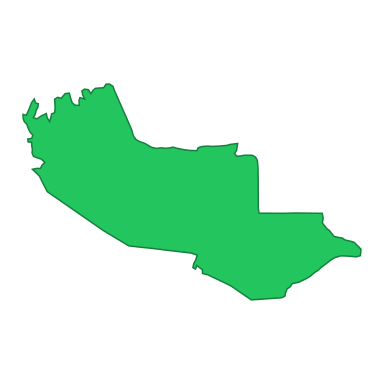 Peri Mirim, Maranhão, Brazil
{"feature_id": "56859067B19670060487182", "entity_name": "Peri Mirim", "entity_type": "district", "adm_level": 2, "iso_a3": "BRA", "parent_name": "Brazil", "parent_adm1": "Maranhão", "projection": "orthographic", "projection_center": [-44.905, -2.565], "detail": "fine", "context": "isolated", "style": "filled", "palette": "green", "viewbox_px": 384, "rotation_deg": 0, "n_neighbors": 0, "source": "geoboundaries", "source_scale": "gbopen_adm2", "svg_char_len": 2132}
<svg xmlns="http://www.w3.org/2000/svg" viewBox="0 0 384 384"><path d="M361.0,249.3L358.7,246.8L354.0,242.2L350.9,241.3L345.4,240.1L342.2,238.0L338.6,237.4L334.2,236.5L331.8,233.6L329.3,230.4L326.8,228.6L322.3,223.0L323.2,218.3L322.2,213.3L295.8,213.0L284.2,213.3L259.1,213.2L258.3,208.4L258.2,181.3L258.0,168.0L257.7,164.1L257.4,160.5L255.6,157.2L252.3,155.3L248.8,155.2L244.5,155.2L240.6,156.0L236.6,156.1L234.6,153.6L236.6,150.3L237.1,146.9L237.7,143.5L230.2,144.4L226.8,145.4L223.4,145.7L219.0,146.1L211.9,146.4L208.0,146.1L201.8,146.5L198.2,147.7L196.8,150.7L189.6,150.4L183.5,149.6L177.6,148.4L172.8,147.1L169.7,147.9L165.8,148.3L161.0,147.8L156.3,148.4L151.3,147.2L144.9,143.4L139.8,141.7L136.3,139.8L133.8,136.5L132.6,133.4L131.6,129.5L117.3,97.0L114.4,90.5L113.0,86.4L109.6,84.1L106.1,84.1L103.7,87.7L95.4,88.3L92.9,90.5L90.9,93.7L88.4,89.7L84.5,89.1L81.9,91.0L82.7,94.8L84.6,99.0L80.0,97.6L79.0,100.5L79.3,105.3L75.3,105.3L72.1,102.7L70.7,98.3L69.3,93.1L65.2,93.6L63.2,95.9L61.1,98.4L57.8,97.3L54.6,99.2L54.9,103.6L55.1,108.1L54.6,112.7L51.6,113.9L50.8,117.7L49.7,121.6L47.2,117.9L46.3,113.5L41.3,115.9L37.0,118.8L33.4,117.7L35.3,114.0L36.2,110.3L37.9,107.1L38.3,103.7L35.6,103.0L34.2,99.0L31.5,102.8L29.2,108.8L26.4,115.2L23.0,114.4L23.2,118.5L24.3,121.7L26.8,124.3L28.3,128.6L30.0,132.0L32.8,135.3L31.7,138.4L27.7,139.0L28.2,142.0L31.6,142.2L31.7,145.5L32.4,149.7L32.0,152.7L33.5,156.4L37.2,157.8L41.3,159.1L44.8,162.4L42.1,165.1L40.4,168.4L36.4,168.4L32.4,169.3L39.3,175.9L42.8,183.0L47.3,191.7L103.7,230.8L128.7,245.8L132.4,246.3L135.3,246.6L140.3,247.2L145.4,247.7L151.3,248.3L158.8,249.2L169.2,250.5L190.9,253.0L197.2,255.1L195.8,259.7L193.7,263.7L192.9,267.6L195.5,269.1L196.8,265.5L199.6,267.7L202.4,269.7L202.5,273.5L207.7,274.7L212.2,276.9L218.7,280.0L225.2,283.1L231.2,286.1L251.3,299.9L281.4,297.8L284.9,296.2L285.6,292.6L287.1,288.9L290.3,286.7L292.3,283.6L298.7,282.3L306.7,278.4L310.2,276.3L314.5,272.6L318.2,270.2L322.2,266.6L325.4,264.3L328.0,262.2L331.1,259.8L334.9,257.6L340.6,255.9L345.8,256.0L351.9,256.4L356.0,256.9L360.4,255.7L361.0,249.3Z" fill="#22c55e" stroke="#15803d" stroke-width="1.5"/></svg>